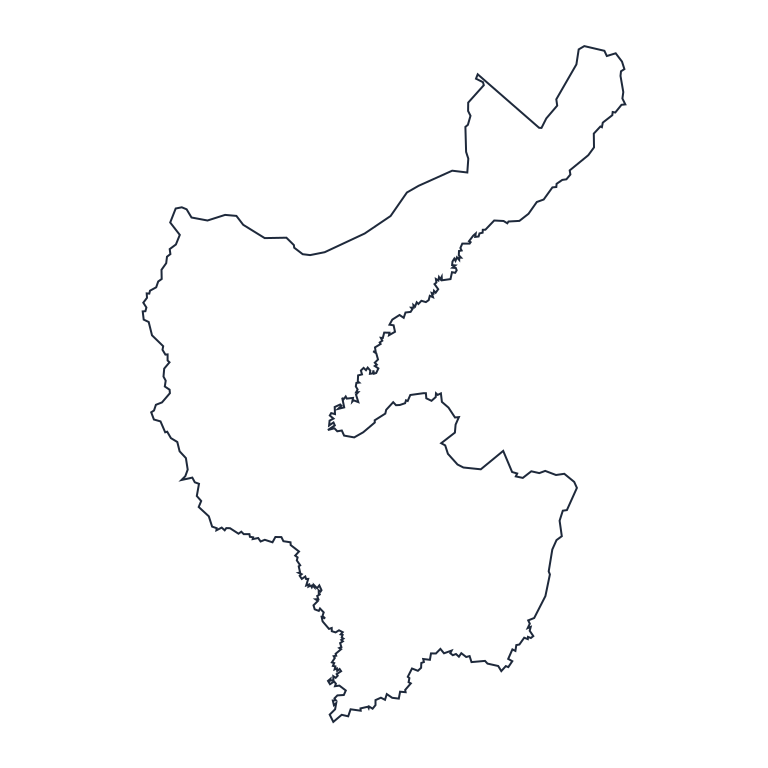 Asutifi South, Brong Ahafo, Ghana
{"feature_id": "2480657B57037677938762", "entity_name": "Asutifi South", "entity_type": "district", "adm_level": 2, "iso_a3": "GHA", "parent_name": "Ghana", "parent_adm1": "Brong Ahafo", "projection": "robinson", "projection_center": [-2.395, 6.849], "detail": "fine", "context": "isolated", "style": "outline", "palette": "slate", "viewbox_px": 768, "rotation_deg": 0, "n_neighbors": 0, "source": "geoboundaries", "source_scale": "gbopen_adm2", "svg_char_len": 6074}
<svg xmlns="http://www.w3.org/2000/svg" viewBox="0 0 768 768"><path d="M212.1,526.6L216.7,528.2L216.4,530.3L221.7,527.6L224.7,530.3L226.3,528.1L230.0,528.2L238.5,533.7L241.3,531.7L243.7,534.1L249.4,534.1L249.9,536.8L253.1,537.3L252.7,539.1L258.2,538.0L260.6,541.5L264.8,539.8L272.5,542.3L275.4,537.0L281.4,537.1L283.4,541.2L290.5,542.3L290.7,545.1L299.0,551.5L295.2,555.6L297.6,557.4L296.8,560.4L300.2,565.3L298.7,566.3L300.1,572.4L298.6,572.8L301.6,574.2L299.7,575.8L301.8,578.9L305.3,576.5L306.1,579.0L308.2,578.9L306.2,585.5L308.9,584.5L308.5,586.6L310.8,585.5L311.8,587.3L312.7,585.5L314.4,587.3L314.1,585.2L317.1,588.2L319.3,585.4L321.5,590.2L320.5,591.7L318.7,590.4L318.8,594.3L320.5,594.0L317.2,596.0L318.3,599.1L315.6,599.3L317.9,600.9L313.5,605.3L314.7,609.3L318.8,610.9L320.0,608.5L323.7,612.4L322.5,615.9L325.1,618.4L321.7,617.2L322.6,621.4L329.0,628.9L331.7,628.0L331.8,631.2L335.6,632.4L339.0,630.3L342.7,632.2L340.7,634.4L342.6,634.9L341.7,637.5L343.4,638.6L341.3,639.9L342.9,641.3L340.1,643.1L341.4,647.1L339.3,648.0L341.1,649.2L335.6,653.8L336.2,655.7L333.7,656.2L334.8,658.0L331.9,662.4L334.2,663.1L332.9,665.9L335.4,666.4L334.6,669.4L336.9,668.4L337.2,670.9L339.6,669.0L341.1,671.2L336.7,674.1L337.7,675.7L335.7,677.8L333.3,676.2L333.4,680.1L330.1,680.7L330.4,678.9L328.0,680.9L330.0,684.2L334.1,681.5L335.9,683.7L335.0,686.2L339.4,685.6L345.8,690.5L343.8,695.0L337.4,695.4L334.5,698.3L335.8,700.3L332.8,700.5L333.9,705.2L336.2,703.1L335.1,709.3L329.7,714.6L333.3,721.9L341.7,714.8L348.2,716.3L350.6,709.3L360.7,710.7L360.5,708.4L368.0,706.7L368.7,708.1L369.1,706.5L372.6,708.7L375.5,705.1L375.5,700.1L380.9,697.7L385.0,699.8L386.8,694.1L392.2,697.8L398.8,698.6L400.1,691.7L405.6,692.2L405.2,689.9L410.8,683.4L408.6,682.2L409.4,678.1L407.8,676.8L412.0,668.5L417.9,670.8L421.1,667.8L421.3,663.0L423.9,662.0L423.2,659.0L429.9,659.8L431.0,653.4L435.9,653.5L440.4,648.9L444.0,653.3L451.6,650.6L450.3,653.2L452.8,655.2L456.0,654.0L458.9,656.7L461.3,653.2L466.2,657.0L469.6,656.1L471.5,662.1L485.0,660.9L487.5,663.6L498.2,666.0L501.3,671.1L505.8,666.1L508.3,667.1L512.3,661.2L508.2,658.9L512.4,649.4L515.4,650.9L516.3,645.1L519.4,644.5L524.2,637.7L527.8,639.1L528.0,636.9L530.9,638.0L533.3,636.1L529.7,630.8L530.7,626.9L527.7,628.1L529.8,623.7L528.2,620.4L534.2,618.0L545.4,596.1L549.9,574.4L548.7,571.4L552.3,549.5L556.5,540.1L561.8,536.2L559.6,520.7L562.8,510.7L566.9,510.1L576.9,487.9L574.2,481.9L564.3,473.8L556.0,475.0L545.2,470.9L539.3,473.1L531.3,471.3L522.8,477.9L515.8,476.4L517.2,473.5L512.1,472.0L503.2,450.9L480.8,469.3L463.4,467.5L457.5,464.5L447.9,453.8L445.2,445.4L441.2,443.2L454.9,432.6L455.6,424.6L458.9,417.1L455.0,417.5L448.5,407.6L441.9,401.9L440.9,393.4L437.7,394.9L436.0,393.3L435.7,397.1L431.5,400.8L426.3,398.3L425.9,393.2L423.4,393.2L410.3,395.0L407.7,401.0L406.0,400.3L405.1,403.2L399.8,405.0L396.0,405.2L393.2,402.2L386.2,409.8L385.3,413.6L374.7,420.3L374.8,422.5L363.2,432.3L354.2,437.4L344.1,435.6L341.8,430.5L337.3,431.3L334.4,428.3L327.9,430.0L334.8,425.4L333.5,422.5L329.1,425.5L329.6,420.6L333.5,418.6L329.8,415.5L331.2,413.1L335.0,414.1L334.7,407.0L340.2,404.5L341.4,405.8L338.1,408.9L344.2,407.4L342.2,397.8L343.5,399.4L345.7,396.5L346.8,398.6L353.0,397.9L352.3,401.6L353.5,400.3L358.3,402.1L356.0,394.6L358.2,392.2L356.1,392.3L357.6,389.5L355.8,386.4L356.4,382.9L359.2,382.6L357.8,381.4L358.1,375.4L362.0,374.4L360.9,370.5L363.6,367.9L366.0,370.2L367.7,367.6L370.3,370.6L369.9,373.8L372.9,373.4L373.4,370.4L374.0,373.7L376.2,373.0L378.4,368.4L374.8,366.0L376.8,364.7L374.8,362.7L378.0,359.5L376.3,353.4L373.2,351.3L375.7,351.9L375.0,347.4L380.6,344.0L379.7,342.5L382.3,340.7L380.8,337.8L382.8,338.0L384.2,332.6L389.5,332.7L389.0,335.2L395.0,331.8L393.6,325.3L389.5,324.7L392.3,319.6L399.5,315.0L403.7,317.8L405.5,312.5L410.6,311.9L412.4,309.1L411.2,307.7L413.7,307.7L413.4,305.0L415.1,306.5L416.7,302.3L418.4,304.0L421.4,300.8L425.9,302.1L428.7,300.1L429.8,295.8L433.0,297.2L431.7,293.0L433.5,293.7L434.0,290.8L435.7,292.7L438.2,289.2L434.5,284.1L436.4,282.5L435.9,279.0L438.4,280.5L439.0,277.1L440.4,279.2L441.7,276.7L441.9,280.3L450.5,279.1L452.0,272.2L455.2,272.8L456.7,270.3L455.8,268.0L452.5,267.7L455.3,265.4L452.1,265.1L452.5,261.5L454.3,258.6L455.5,260.8L456.9,257.3L459.2,259.9L459.2,257.7L461.1,257.7L458.8,255.2L459.0,251.0L461.6,250.5L460.4,248.0L462.3,243.6L469.6,243.6L470.6,242.2L469.0,241.2L473.2,235.7L475.7,233.5L475.2,236.9L478.6,236.5L479.5,233.4L482.6,232.7L482.8,229.8L485.4,229.7L494.2,220.5L503.6,221.0L507.3,223.3L508.5,221.5L519.4,220.9L528.5,213.8L536.8,202.0L543.7,199.5L552.4,187.4L556.3,187.0L556.6,183.8L562.3,179.9L566.4,179.3L570.4,174.5L569.7,170.4L588.3,155.2L594.0,147.4L593.8,133.6L600.4,126.5L601.9,127.2L602.8,122.6L612.3,115.2L612.7,112.0L615.3,112.5L621.5,104.8L625.3,104.4L622.4,98.5L623.3,92.1L620.5,75.9L621.0,71.3L624.4,69.1L622.0,61.6L615.7,53.3L606.8,56.0L604.4,50.8L584.3,46.1L578.7,49.4L576.4,64.4L556.3,99.3L557.2,105.6L546.3,118.4L541.5,127.9L539.1,127.8L477.7,74.3L476.0,78.7L483.0,82.2L483.8,85.2L468.2,102.6L468.1,111.0L470.5,115.8L467.9,124.8L465.4,126.9L466.1,151.9L468.3,158.7L467.3,172.5L452.2,170.7L418.6,185.8L406.9,192.5L390.6,216.0L364.7,233.5L324.7,252.2L310.1,255.1L302.7,254.2L294.2,247.7L293.9,245.1L286.4,237.7L264.7,238.1L243.2,224.8L236.4,215.9L225.1,214.9L207.5,220.5L191.5,217.5L186.6,209.3L181.8,207.3L175.7,208.5L170.2,222.5L179.8,234.9L175.9,244.5L169.7,249.1L170.4,254.1L167.0,256.7L166.2,263.2L161.5,269.8L161.7,279.0L158.2,281.5L156.2,287.3L150.0,290.7L149.3,293.6L146.7,293.4L147.0,297.8L143.3,302.7L146.4,307.5L145.4,311.2L142.7,311.4L143.7,319.6L148.7,322.0L152.0,335.3L163.2,346.2L162.5,349.8L165.4,354.6L167.6,354.4L167.6,360.5L169.5,362.3L164.2,368.6L163.5,376.6L165.7,380.7L164.8,386.5L169.6,389.7L169.9,393.2L162.0,402.4L155.9,404.8L154.0,410.5L151.2,412.3L153.9,419.5L160.5,421.4L165.2,432.3L167.2,431.7L170.9,438.1L177.3,442.0L179.6,451.3L185.9,458.1L187.7,469.6L185.3,476.2L181.5,480.0L192.3,477.6L194.8,482.3L199.0,483.8L196.8,496.0L201.2,501.0L198.7,507.0L208.8,516.3L212.1,526.6Z" fill="none" stroke="#1e293b" stroke-width="2"/></svg>